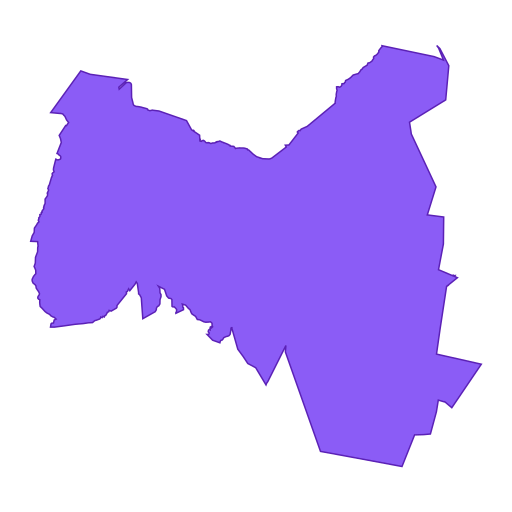 Peñamiller, Querétaro, Mexico
{"feature_id": "50627088B47051465612575", "entity_name": "Peñamiller", "entity_type": "district", "adm_level": 2, "iso_a3": "MEX", "parent_name": "Mexico", "parent_adm1": "Querétaro", "projection": "natural_earth1", "projection_center": [-99.898, 21.09], "detail": "fine", "context": "isolated", "style": "filled", "palette": "violet", "viewbox_px": 512, "rotation_deg": 0, "n_neighbors": 0, "source": "geoboundaries", "source_scale": "gbopen_adm2", "svg_char_len": 5836}
<svg xmlns="http://www.w3.org/2000/svg" viewBox="0 0 512 512"><path d="M50.7,112.6L60.3,113.5L60.4,113.4L62.7,113.9L63.8,115.2L64.9,116.3L66.6,120.0L68.6,122.5L66.4,125.7L65.7,125.5L59.2,135.4L60.5,138.6L61.3,142.5L57.0,153.5L57.9,153.8L58.9,154.9L60.2,155.8L60.7,156.5L60.8,157.4L60.6,158.8L60.2,159.2L58.2,159.9L56.9,159.8L55.9,159.1L55.6,159.9L53.6,167.9L53.4,169.6L53.6,170.6L54.0,171.3L54.0,171.9L52.7,172.9L52.1,173.8L52.5,175.5L51.9,176.3L51.9,177.0L51.5,177.4L49.3,184.9L48.5,186.1L48.2,187.7L47.9,188.3L47.9,188.7L48.2,189.2L48.5,189.7L48.5,190.2L48.4,190.7L47.3,193.0L47.7,193.1L47.4,195.9L45.1,199.1L45.1,202.2L45.1,203.7L44.5,204.5L44.3,205.5L44.0,205.8L43.9,206.1L44.0,206.4L43.6,207.4L43.8,207.7L43.7,208.0L43.8,208.5L43.5,208.9L43.5,209.3L42.6,210.2L42.3,210.6L42.1,211.1L41.9,211.5L42.2,212.0L41.9,212.5L41.3,212.7L41.1,213.0L41.2,213.4L41.3,213.9L41.0,214.4L40.5,214.6L39.9,214.6L39.9,215.2L39.9,216.6L39.4,217.1L38.9,217.7L38.7,218.0L38.9,218.9L38.4,219.8L38.3,220.4L38.5,221.0L38.9,221.7L38.5,222.5L37.6,223.0L36.8,224.6L34.4,228.1L34.2,232.4L32.2,235.9L30.7,241.3L37.6,241.6L38.1,246.5L37.8,246.9L37.7,248.0L37.6,251.8L35.5,257.3L35.3,263.0L34.8,264.6L34.3,265.9L34.1,266.5L34.3,266.9L35.0,268.4L35.7,270.2L35.8,273.4L35.8,273.8L35.1,274.4L34.6,275.0L34.3,275.5L33.8,276.0L33.5,276.4L32.2,279.2L32.1,279.9L32.2,281.0L32.9,282.7L33.2,283.2L35.0,284.6L35.9,285.8L36.2,288.1L37.3,289.8L38.7,291.8L39.5,293.7L39.3,294.6L38.6,295.6L38.0,296.6L37.8,297.5L37.8,298.1L38.6,299.2L39.8,299.7L39.7,302.4L39.9,304.5L40.2,306.5L42.0,308.2L45.0,311.5L46.9,313.0L48.3,313.7L49.8,314.5L50.6,315.6L52.8,316.9L54.2,317.3L56.1,319.1L54.2,320.0L53.5,323.0L51.7,323.2L51.0,323.9L50.5,327.1L54.6,327.1L64.6,325.8L75.0,324.3L78.2,324.0L83.2,323.6L88.4,322.8L92.5,322.6L94.8,320.6L96.1,320.3L99.7,319.0L100.4,318.3L100.8,317.0L102.1,317.6L103.0,316.3L104.2,317.0L104.8,315.7L105.7,315.4L107.1,313.0L107.2,312.4L108.8,311.7L109.1,310.4L111.2,311.1L116.4,308.1L117.0,307.1L117.0,305.5L126.5,293.7L126.3,292.0L127.4,291.4L128.6,288.8L129.8,290.7L135.0,284.2L136.2,281.9L137.3,283.5L138.6,292.6L138.6,293.9L139.7,294.8L141.3,297.8L142.8,318.7L155.2,311.7L156.3,309.8L156.4,308.2L157.4,306.5L158.7,305.9L159.9,303.9L160.0,299.7L161.0,296.7L161.0,294.6L160.0,292.8L159.9,290.7L159.7,288.2L158.4,286.2L164.5,289.3L166.7,295.9L168.6,298.1L171.0,298.6L171.9,299.6L172.0,306.3L172.4,306.7L173.0,306.9L174.3,306.9L175.9,308.5L176.7,309.7L176.5,311.1L176.5,311.7L175.9,312.5L175.9,313.3L183.5,309.7L183.5,307.8L182.7,307.1L182.8,305.9L182.3,304.1L185.6,305.1L188.5,308.5L190.0,309.6L191.2,312.7L192.0,314.0L195.6,316.4L197.3,319.5L199.8,319.8L203.8,321.8L205.6,322.2L208.2,322.1L210.5,321.8L211.9,323.1L212.2,324.0L212.0,324.9L212.5,326.5L212.0,326.5L212.0,327.5L211.4,327.9L210.8,326.8L210.2,327.2L210.2,329.7L209.6,329.2L208.5,330.2L208.2,331.8L209.1,332.8L209.1,333.7L208.5,334.4L207.0,334.4L212.6,340.2L219.9,342.8L220.2,341.5L220.8,340.4L222.2,340.0L223.1,338.9L223.7,337.7L226.0,336.6L227.8,336.2L229.1,335.6L230.1,334.3L230.4,332.6L230.9,330.0L230.9,328.7L231.3,327.7L231.9,327.7L231.9,328.4L237.8,349.2L243.1,356.4L247.8,363.5L255.7,367.7L266.0,384.9L266.6,383.3L267.8,381.6L285.9,345.5L285.4,352.0L320.5,451.4L347.7,456.4L402.0,466.5L414.6,434.9L423.8,434.6L430.4,434.0L436.4,411.8L438.3,400.1L444.4,401.9L444.7,401.7L451.8,407.7L481.3,364.2L436.5,354.1L440.1,328.8L446.6,286.3L446.9,286.1L447.0,286.2L447.9,285.6L447.7,285.5L451.6,282.4L457.4,277.7L454.5,276.4L455.1,275.5L454.9,275.5L454.5,275.8L453.8,276.1L453.5,276.0L453.6,275.9L453.5,275.4L453.2,275.1L452.2,275.5L438.5,269.7L443.4,244.0L443.7,217.0L427.3,214.9L436.0,186.9L411.3,134.0L410.8,130.5L409.5,122.2L445.7,99.9L448.8,65.7L439.9,48.6L436.7,45.5L438.6,48.1L443.5,60.1L434.1,56.6L382.0,45.7L382.2,46.5L380.8,48.0L378.8,50.6L378.8,52.1L377.2,54.2L375.6,55.5L374.5,55.9L373.5,57.1L373.7,58.4L373.0,59.5L372.6,59.9L372.2,60.8L371.1,61.7L369.7,62.7L368.0,63.0L367.1,65.2L363.2,67.5L362.0,69.2L361.0,69.8L359.7,71.9L358.1,73.7L357.4,73.8L353.2,75.0L350.5,77.7L348.2,79.3L345.6,80.5L345.3,82.1L344.5,82.7L344.2,83.5L343.7,83.7L342.1,83.7L341.9,83.8L341.8,85.3L341.0,86.4L339.7,87.2L338.2,86.7L336.6,86.8L336.6,88.7L337.1,90.3L336.7,91.6L336.2,94.4L336.3,96.3L335.8,97.9L335.3,100.9L335.1,102.9L335.2,103.2L307.2,126.4L301.2,129.1L300.0,130.7L299.5,130.5L298.9,130.5L298.2,131.1L297.5,131.6L297.5,132.0L297.4,132.1L298.2,133.0L288.9,145.0L285.3,145.2L286.3,147.0L271.8,158.1L270.3,158.7L269.2,159.0L262.7,158.7L260.2,158.0L260.3,157.9L256.6,156.7L253.2,154.2L248.7,150.0L247.6,149.8L247.4,149.0L244.8,148.2L243.3,148.0L240.3,148.0L239.9,147.9L238.9,148.0L237.7,148.1L236.0,148.3L235.5,148.5L234.7,147.4L234.5,147.2L233.8,146.4L232.9,146.3L230.2,146.1L230.1,145.4L229.2,145.1L229.0,144.9L228.0,144.4L227.8,144.2L227.5,144.2L227.0,143.9L223.6,142.6L223.4,142.7L222.8,142.2L221.9,142.0L220.2,141.1L219.7,141.0L219.2,141.3L218.5,141.5L218.0,141.5L217.5,141.6L217.0,141.6L216.6,141.8L216.3,141.9L216.4,142.2L216.1,142.2L215.5,142.5L215.4,142.6L214.9,142.8L214.1,143.0L213.4,143.0L213.2,142.9L212.8,142.9L212.3,143.1L212.0,143.2L211.4,143.4L211.1,143.3L210.8,143.5L210.1,143.3L209.4,142.8L208.8,142.9L208.1,142.5L207.7,142.7L207.2,142.9L205.9,142.6L204.8,141.3L203.6,140.4L203.2,140.7L202.4,140.5L201.6,141.0L201.5,141.3L200.1,141.2L199.9,140.5L200.1,140.5L200.3,139.3L199.8,139.2L199.6,135.2L193.7,131.2L194.0,130.8L193.6,130.3L193.4,130.4L193.0,130.7L191.5,129.7L186.5,120.6L159.0,111.0L152.6,110.2L152.4,110.1L149.9,110.7L147.9,110.0L147.5,109.0L146.5,108.6L145.5,108.3L142.4,107.5L141.5,107.2L140.0,106.9L138.9,106.7L137.6,106.5L136.0,106.4L133.9,105.4L133.2,104.2L132.9,102.6L131.6,97.5L131.4,84.6L131.0,83.6L130.6,83.1L129.5,82.5L128.5,82.4L127.4,82.4L126.2,82.7L119.2,89.2L118.8,87.2L127.6,79.5L90.2,74.3L80.8,70.9L50.7,112.6Z" fill="#8b5cf6" stroke="#5b21b6" stroke-width="1.5"/></svg>